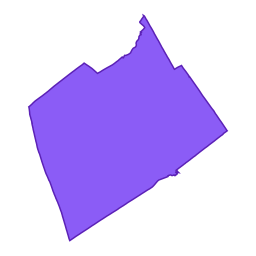 Serbanesti, Olt, Romania
{"feature_id": "2599482B90553922422134", "entity_name": "Serbanesti", "entity_type": "district", "adm_level": 2, "iso_a3": "ROU", "parent_name": "Romania", "parent_adm1": "Olt", "projection": "robinson", "projection_center": [24.682, 44.329], "detail": "fine", "context": "isolated", "style": "filled", "palette": "violet", "viewbox_px": 256, "rotation_deg": 0, "n_neighbors": 0, "source": "geoboundaries", "source_scale": "gbopen_adm2", "svg_char_len": 5626}
<svg xmlns="http://www.w3.org/2000/svg" viewBox="0 0 256 256"><path d="M69.8,240.6L70.5,240.1L72.7,238.6L73.6,238.0L76.0,236.3L80.2,233.6L81.2,232.9L82.0,232.4L87.4,228.9L92.1,225.7L94.5,224.2L97.3,222.3L98.2,221.7L99.4,220.9L105.3,217.1L106.8,216.1L110.1,214.1L111.8,213.0L113.7,211.8L115.2,210.9L117.7,209.3L118.4,208.8L119.0,208.3L121.1,207.0L121.5,206.7L123.0,205.8L123.4,205.6L123.8,205.3L125.1,204.4L125.5,204.2L126.9,203.2L127.9,202.5L131.6,200.2L132.3,199.8L133.5,199.0L136.0,197.4L141.9,193.6L144.9,191.7L146.9,190.4L148.0,189.7L149.7,188.8L150.6,188.1L151.0,187.9L151.7,187.4L152.0,187.2L152.4,186.9L152.7,186.6L153.0,186.3L153.7,185.6L155.1,184.0L155.9,183.0L156.7,182.1L157.3,181.3L158.0,180.7L158.3,180.4L158.9,180.0L159.4,179.8L166.6,177.1L168.0,176.5L168.1,176.3L168.0,176.2L167.9,176.1L167.9,175.8L168.4,175.5L169.9,175.1L170.2,175.0L170.6,174.9L170.9,175.0L171.7,175.5L171.9,175.6L172.2,175.6L173.1,175.3L173.7,175.0L173.9,175.0L174.1,175.0L174.3,175.4L174.4,175.5L174.7,175.6L175.0,175.6L175.3,175.5L175.5,175.1L175.7,174.9L175.8,174.8L176.2,174.8L176.5,174.6L176.6,174.3L176.7,174.1L176.9,174.1L177.1,174.0L177.2,173.9L177.2,173.7L176.8,173.5L176.6,173.4L176.5,173.2L176.4,173.0L176.1,172.5L175.8,172.2L176.0,171.9L176.6,172.1L176.8,172.2L177.1,172.3L177.3,172.3L178.0,172.5L178.7,172.6L178.4,172.3L178.0,172.0L177.8,171.8L177.3,171.0L177.1,170.7L176.9,170.6L176.6,170.4L176.2,170.2L176.3,170.1L176.5,169.9L177.8,169.0L179.3,167.8L180.3,167.1L180.9,166.6L181.6,166.1L183.2,164.9L184.4,163.9L185.2,163.4L185.9,162.7L186.8,162.1L187.8,161.4L188.9,160.5L189.8,159.9L190.6,159.2L191.6,158.4L192.6,157.7L193.1,157.2L194.9,156.0L197.3,154.0L198.0,153.5L199.2,152.5L201.8,150.5L204.9,148.1L205.9,147.4L207.4,146.3L209.6,144.5L210.2,144.1L210.8,143.6L213.0,142.0L213.4,141.6L213.8,141.4L214.9,140.5L216.0,139.6L216.6,139.1L217.2,138.7L218.4,137.7L219.1,137.2L220.5,136.1L221.0,135.7L221.7,135.3L222.2,134.9L222.9,134.3L223.2,134.0L223.3,133.8L223.4,133.6L223.8,133.3L224.1,133.0L224.6,132.7L226.4,131.4L226.6,131.2L227.2,130.8L226.8,130.3L226.3,129.5L221.4,122.2L219.8,120.0L216.3,114.8L215.5,113.8L215.1,113.1L213.7,110.7L212.2,108.9L211.0,107.3L209.8,105.6L205.0,98.9L202.7,95.8L201.5,94.0L199.3,90.6L189.5,76.6L189.2,76.9L188.3,75.0L185.8,71.5L184.0,69.2L183.1,68.0L181.5,65.5L180.7,65.9L178.3,67.0L177.4,67.5L176.7,67.9L176.1,68.3L174.5,69.3L174.4,69.2L174.2,69.0L174.0,68.6L173.5,67.7L172.9,66.6L172.3,65.5L171.5,64.2L170.0,61.5L169.2,59.9L168.1,58.1L167.2,56.7L166.5,55.3L165.7,54.0L165.4,53.5L165.0,52.7L164.5,51.9L164.0,51.0L163.4,49.8L161.8,47.2L160.9,45.4L160.5,44.7L159.5,42.8L158.9,41.7L158.4,40.7L157.6,39.5L157.0,38.4L156.0,36.6L154.9,34.6L154.6,34.2L154.3,33.6L153.8,32.5L153.1,31.2L151.8,28.9L151.2,27.9L149.6,25.3L149.3,24.6L148.7,23.6L148.3,22.8L147.9,22.1L147.4,21.2L146.9,20.3L146.1,19.1L145.7,18.5L145.4,17.8L144.8,16.8L144.5,16.3L144.2,15.9L143.7,15.6L143.4,15.4L143.6,16.1L143.4,16.8L141.6,19.2L141.6,19.3L141.2,19.9L140.8,20.6L140.7,20.9L140.3,21.2L140.0,21.4L139.9,21.6L139.8,21.9L139.9,22.6L140.0,22.7L140.6,23.2L141.4,24.0L143.6,25.9L144.1,26.6L144.4,27.0L144.6,27.3L144.7,27.5L144.6,27.8L144.5,28.0L143.0,29.7L142.7,29.9L141.7,30.9L140.5,31.9L141.3,32.4L140.3,33.3L140.3,33.9L140.3,34.1L140.5,34.2L141.1,34.3L141.0,34.8L140.3,35.0L139.8,35.3L139.5,35.7L138.9,36.8L138.9,37.6L138.9,38.1L138.5,39.3L138.3,39.6L136.9,41.1L136.5,41.8L136.3,42.3L136.1,43.1L136.1,43.5L136.2,44.1L136.3,44.5L136.3,45.0L136.3,45.4L136.1,45.8L135.7,46.8L135.4,47.0L134.7,47.5L134.0,47.8L133.5,48.1L133.1,48.4L132.8,48.8L131.8,50.2L131.5,50.9L131.0,51.8L130.7,52.6L130.6,52.8L129.7,53.5L129.1,53.9L128.5,54.3L128.2,54.5L127.0,54.9L126.3,55.3L125.9,55.4L125.4,55.4L124.9,55.3L124.7,55.3L124.5,55.5L123.8,56.9L123.6,57.2L123.5,57.7L123.1,57.9L122.9,57.7L122.2,57.0L121.7,57.4L120.6,58.4L119.5,59.3L118.0,60.7L116.7,61.6L114.3,63.5L112.5,64.8L109.8,66.3L107.2,67.7L105.1,68.9L104.2,69.4L103.4,69.9L102.9,70.2L102.5,70.4L101.6,71.0L100.7,71.6L100.0,72.0L99.8,72.1L98.3,72.9L97.5,73.4L94.6,70.8L93.4,69.7L92.1,68.6L91.5,68.1L91.0,67.8L89.2,66.5L84.1,63.1L83.1,64.0L81.9,65.0L79.3,66.8L75.8,69.4L73.9,70.9L72.9,71.6L71.7,72.5L59.3,82.1L54.3,86.0L49.9,89.7L49.6,90.0L49.1,90.4L48.6,90.9L42.3,95.8L39.5,97.8L35.7,100.6L34.7,101.4L34.2,101.9L33.2,102.8L32.7,103.3L32.2,103.9L31.7,104.3L31.2,104.8L30.4,105.5L30.1,105.8L29.6,106.2L29.2,106.6L29.1,106.8L28.8,106.9L29.0,107.5L29.2,108.8L29.4,110.4L29.5,111.3L29.6,112.0L29.7,113.7L29.7,114.1L29.8,114.5L30.2,116.1L30.6,117.3L30.8,118.3L31.8,121.8L32.1,123.1L31.9,123.1L32.1,124.4L32.7,126.9L33.0,128.3L33.1,129.1L33.3,129.9L33.5,130.8L33.9,132.4L34.3,134.1L34.4,134.7L34.9,136.8L35.6,139.8L36.0,141.7L36.3,142.5L36.4,143.0L36.7,144.3L37.2,147.0L37.4,147.8L37.6,148.3L37.6,148.5L37.8,149.2L38.2,150.3L38.6,151.6L38.9,152.5L39.4,153.5L39.8,154.7L40.6,157.3L41.1,159.0L41.5,160.2L41.8,161.3L43.3,165.8L43.6,166.7L44.1,168.1L44.8,170.2L45.1,171.1L45.7,172.8L45.9,173.3L46.1,173.8L46.2,174.0L47.0,175.7L47.3,176.4L47.6,177.0L47.9,177.8L48.2,178.4L48.7,179.8L48.9,180.3L49.2,180.6L49.6,181.5L49.8,181.8L50.7,184.2L51.4,186.2L51.6,186.8L52.3,188.8L52.9,190.7L53.5,192.2L53.9,193.1L54.2,194.1L55.2,196.4L55.5,197.1L55.9,198.3L56.4,199.3L56.7,200.1L57.1,201.0L57.6,202.0L58.2,203.7L58.6,204.6L58.9,205.4L59.3,206.4L59.8,207.9L60.0,208.4L60.4,209.5L60.6,210.1L60.7,210.5L60.9,210.9L61.3,212.0L61.6,212.6L61.7,213.3L62.0,214.3L62.4,215.6L62.5,216.3L62.7,216.8L63.0,217.8L63.8,220.5L64.2,221.8L64.6,223.3L64.9,224.2L65.2,225.2L66.2,228.8L66.5,229.9L67.1,231.7L67.4,232.9L68.1,235.2L68.4,236.3L68.9,238.2L69.6,240.2L69.8,240.6Z" fill="#8b5cf6" stroke="#5b21b6" stroke-width="1.5"/></svg>